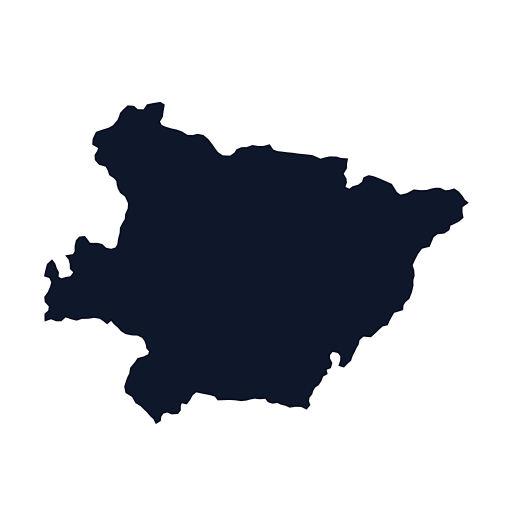 the district of Ponte Nova, Minas Gerais, Brazil, rotated 266°
{"feature_id": "56859067B79204064506839", "entity_name": "Ponte Nova", "entity_type": "district", "adm_level": 2, "iso_a3": "BRA", "parent_name": "Brazil", "parent_adm1": "Minas Gerais", "projection": "robinson", "projection_center": [-42.918, -20.421], "detail": "fine", "context": "isolated", "style": "filled", "palette": "ink", "viewbox_px": 512, "rotation_deg": 266, "n_neighbors": 0, "source": "geoboundaries", "source_scale": "gbopen_adm2", "svg_char_len": 3651}
<svg xmlns="http://www.w3.org/2000/svg" viewBox="0 0 512 512"><g transform="rotate(266 256 256)"><path d="M100.2,295.6L103.7,299.0L107.7,297.9L111.4,298.8L114.4,301.7L118.0,303.1L121.3,305.4L123.4,309.0L126.8,311.7L131.6,314.0L133.7,318.4L138.1,317.7L139.5,322.3L144.0,323.9L148.3,322.0L152.3,322.2L155.9,325.5L154.1,331.5L150.2,333.9L145.7,333.4L141.1,331.5L139.5,335.8L142.8,339.5L145.4,342.9L150.0,344.8L154.0,347.3L157.4,349.1L160.8,351.5L165.3,352.8L168.9,357.3L167.7,364.8L171.4,369.5L174.6,373.2L177.7,377.3L178.4,382.1L182.0,383.9L185.9,386.4L190.3,389.3L192.4,398.3L196.9,399.0L200.3,401.5L202.9,405.3L209.1,408.3L215.7,410.3L221.0,410.5L225.3,412.1L230.7,412.1L236.0,410.8L241.3,413.7L247.0,417.1L252.4,421.7L253.8,429.4L258.3,431.6L262.8,433.9L265.8,438.4L266.0,445.1L268.9,450.2L273.3,451.5L274.7,455.6L277.0,460.8L280.0,464.9L285.1,464.3L290.8,464.7L294.4,470.7L297.1,467.7L301.1,465.6L305.7,462.2L308.8,458.2L307.6,453.4L307.6,449.2L310.4,444.4L310.8,439.7L310.2,435.5L309.2,430.8L309.4,424.7L310.6,418.2L307.4,411.0L306.3,404.1L309.6,400.3L313.9,398.2L317.9,396.0L320.3,391.4L323.8,384.8L326.4,379.3L328.0,374.2L326.4,369.3L322.1,367.5L319.3,363.2L318.1,357.5L315.7,353.8L318.4,349.1L323.1,351.1L326.7,350.9L332.0,348.3L337.3,352.1L341.7,352.5L346.3,353.7L347.1,347.5L348.9,342.8L349.4,336.3L348.7,331.3L347.7,327.2L350.0,322.9L352.0,319.0L353.0,313.7L354.4,305.4L355.8,298.9L356.6,293.8L357.6,289.0L358.4,284.5L360.4,280.1L365.7,277.1L364.5,271.2L364.8,265.8L366.2,260.1L364.5,254.4L364.8,249.1L363.1,244.4L360.0,242.1L357.1,237.3L358.0,229.6L361.7,224.8L366.1,222.0L369.8,219.8L375.3,216.1L379.7,211.6L381.2,206.1L380.3,201.3L380.9,195.7L384.8,190.4L387.0,185.2L388.5,180.0L390.8,174.0L392.9,170.4L396.8,168.7L401.4,172.0L408.3,173.5L413.1,174.7L415.6,171.1L415.0,164.5L414.2,158.2L409.4,154.4L409.9,147.9L413.6,144.4L414.4,138.6L410.8,134.2L407.8,131.0L404.1,129.6L400.8,127.8L395.7,122.8L393.5,118.2L392.1,112.0L390.3,105.5L384.2,102.0L378.9,101.2L374.9,107.1L371.5,105.5L367.7,102.7L363.2,102.7L358.6,106.2L356.2,112.8L352.3,114.6L347.3,115.9L343.9,120.3L340.8,122.6L336.6,122.8L332.9,123.6L328.8,125.5L324.8,130.1L317.5,132.8L312.2,132.1L306.6,129.1L301.7,128.4L298.4,126.0L293.5,123.0L288.3,122.3L283.3,120.5L276.8,119.1L273.7,116.9L272.5,112.1L273.9,106.8L278.0,103.0L279.4,98.6L280.0,90.9L283.8,88.6L287.2,86.3L286.9,81.2L283.8,78.1L278.5,76.5L272.9,76.1L269.9,73.8L269.3,67.0L265.8,69.5L260.8,70.4L256.3,70.2L252.5,73.6L248.0,69.7L247.5,64.7L246.5,60.0L248.8,56.8L253.5,57.5L257.7,55.6L261.8,54.7L265.8,52.2L262.2,47.6L257.3,45.9L251.0,44.0L249.0,48.8L244.2,50.8L239.2,49.0L234.0,46.3L229.8,42.7L225.1,42.8L220.4,46.6L215.6,45.6L212.8,41.7L206.4,41.3L208.0,47.2L205.6,52.2L205.2,57.0L208.9,61.7L206.4,67.7L204.8,72.6L206.2,77.9L205.8,84.1L206.4,90.2L205.0,96.0L202.2,99.6L199.2,102.8L202.5,107.1L198.3,110.1L194.5,113.9L190.9,116.6L187.9,120.7L186.2,126.8L185.6,132.5L182.7,137.4L179.3,139.4L175.4,140.6L171.6,140.9L168.6,143.5L164.9,142.1L162.9,137.1L161.8,131.2L157.8,128.0L152.9,123.3L147.4,122.1L144.2,120.1L140.1,118.2L134.7,116.2L129.0,116.9L124.5,123.2L118.3,126.0L114.8,130.9L111.4,133.9L108.1,136.9L103.9,139.9L100.8,143.0L96.4,144.7L98.6,148.9L102.7,149.6L105.9,152.2L106.9,156.5L104.6,161.1L104.7,166.9L107.6,169.5L111.8,169.7L115.3,171.3L113.6,176.3L117.9,180.0L121.9,182.5L125.0,186.8L122.9,194.0L121.3,200.2L119.2,205.7L115.4,208.1L115.2,214.1L115.0,219.3L114.4,224.5L113.0,231.2L113.2,236.1L114.0,240.2L114.6,244.6L113.6,249.8L113.7,255.7L110.1,258.0L108.3,262.1L108.7,267.2L106.7,270.7L105.3,275.1L103.1,279.2L103.6,284.2L103.1,290.6L100.2,295.6Z" fill="#0f172a" stroke="#020617" stroke-width="1.5"/></g></svg>